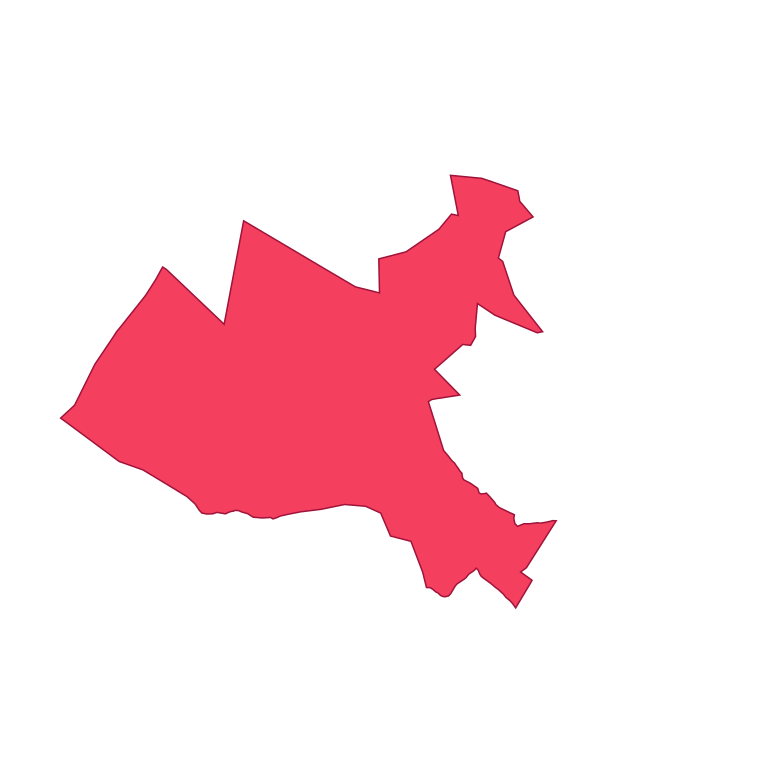 the district of São Raimundo Nonato, Piauí, Brazil, rotated 310°
{"feature_id": "56859067B13922640235877", "entity_name": "São Raimundo Nonato", "entity_type": "district", "adm_level": 2, "iso_a3": "BRA", "parent_name": "Brazil", "parent_adm1": "Piauí", "projection": "mercator", "projection_center": [-42.719, -9.025], "detail": "fine", "context": "isolated", "style": "filled", "palette": "rose", "viewbox_px": 768, "rotation_deg": 310, "n_neighbors": 0, "source": "geoboundaries", "source_scale": "gbopen_adm2", "svg_char_len": 2187}
<svg xmlns="http://www.w3.org/2000/svg" viewBox="0 0 768 768"><g transform="rotate(310 384 384)"><path d="M255.4,547.3L257.7,550.4L258.1,554.0L258.0,557.2L258.6,559.4L258.4,563.2L259.0,565.5L260.0,567.3L263.1,569.7L266.1,569.9L273.3,568.7L275.4,568.4L278.0,568.5L286.1,570.9L288.3,571.3L293.1,571.2L296.1,572.1L299.0,572.9L302.2,573.1L301.9,575.9L299.9,579.7L299.2,581.9L299.2,584.7L299.8,593.0L299.9,596.6L299.8,599.4L300.1,604.1L299.9,606.7L299.8,610.4L298.9,614.7L299.0,619.8L298.5,623.4L297.1,628.8L325.6,624.2L328.8,623.6L327.8,609.5L334.8,611.2L389.9,603.8L387.9,601.2L383.0,597.6L377.9,593.2L376.3,590.7L370.6,585.4L368.7,583.2L367.0,581.1L360.7,577.7L361.3,573.9L362.5,572.3L364.3,570.0L367.7,567.9L366.5,563.7L364.6,556.2L363.5,551.9L363.5,547.4L364.5,544.8L365.7,537.2L366.2,532.6L364.0,530.9L362.5,529.5L361.6,527.0L364.3,522.9L363.5,513.9L361.9,506.9L362.5,504.8L364.0,502.8L365.7,501.1L366.2,497.8L366.9,495.9L367.9,491.8L368.8,488.8L368.8,486.5L369.2,483.7L370.0,480.4L371.4,472.4L385.3,450.8L399.0,429.3L402.7,430.5L407.0,434.0L408.8,435.7L424.2,449.1L427.7,413.2L464.9,418.9L469.3,425.5L479.3,423.6L485.1,418.2L495.3,411.1L505.7,403.9L508.0,424.7L510.6,433.1L516.2,450.8L521.7,468.4L526.0,471.9L530.4,450.8L535.6,426.3L554.2,396.1L554.0,390.7L578.9,379.3L607.8,390.8L611.2,370.5L613.7,367.7L618.0,362.3L608.7,337.7L604.4,326.7L586.6,300.8L560.8,332.6L557.5,326.5L537.9,326.6L499.4,315.9L476.5,299.6L450.9,322.0L440.0,299.6L434.1,264.3L433.6,261.2L418.8,171.6L333.7,219.4L327.0,223.1L331.9,143.4L331.3,139.2L317.2,142.0L299.7,144.3L296.1,144.5L257.6,145.5L252.6,145.5L244.6,146.5L213.4,149.8L168.9,160.6L150.0,158.2L150.4,163.9L154.4,230.9L163.2,254.4L166.1,272.7L171.1,305.4L170.7,316.3L168.5,323.8L168.1,327.5L170.5,331.8L174.4,336.2L178.3,338.6L182.6,346.0L185.5,347.3L187.8,348.6L189.7,350.3L191.6,351.3L193.6,354.1L194.5,357.3L197.1,363.1L197.5,366.8L197.9,369.5L200.0,372.4L202.9,376.6L208.9,383.0L209.3,385.7L213.3,388.1L216.0,389.3L222.7,394.4L232.6,402.4L247.5,416.3L266.4,431.3L268.2,433.9L278.4,448.3L279.4,451.6L283.0,464.5L271.7,486.7L277.4,498.6L280.8,505.8L266.0,532.3L264.6,534.8L255.4,547.3Z" fill="#f43f5e" stroke="#9f1239" stroke-width="1.5"/></g></svg>